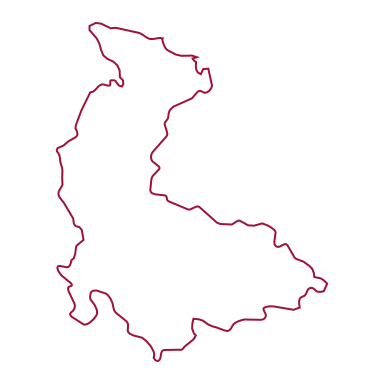 SVG path tracing the border of Olomoucký
{"feature_id": "CZE-10372", "entity_name": "Olomoucký", "entity_type": "Region", "adm_level": 1, "iso_a3": "CZE", "parent_name": "Czechia", "parent_adm1": "", "projection": "robinson", "projection_center": [17.195, 49.847], "detail": "fine", "context": "isolated", "style": "outline", "palette": "rose", "viewbox_px": 384, "rotation_deg": 0, "n_neighbors": 0, "source": "natural_earth", "source_scale": "10m", "svg_char_len": 4083}
<svg xmlns="http://www.w3.org/2000/svg" viewBox="0 0 384 384"><path d="M107.3,26.6L110.7,28.3L115.9,27.8L139.3,33.0L141.8,34.2L147.1,37.8L150.0,39.0L153.1,39.0L160.1,37.9L162.7,38.5L162.2,39.3L163.0,42.4L164.4,46.1L165.8,48.6L168.0,50.5L176.0,54.6L181.4,55.8L192.1,55.6L196.8,57.2L192.6,58.5L193.3,59.6L194.1,60.6L195.0,61.4L196.1,62.1L195.8,65.8L196.2,69.4L197.8,72.4L200.8,74.2L203.3,69.0L208.3,68.7L212.0,85.5L211.7,86.8L211.1,88.3L210.1,89.8L208.9,91.1L207.4,92.1L205.8,92.7L204.2,92.7L201.0,91.1L199.7,90.9L198.4,91.3L197.2,92.2L192.0,98.3L173.5,106.6L170.5,109.4L169.4,111.1L168.7,113.1L168.2,117.5L167.6,119.0L165.3,122.0L164.8,123.0L164.6,124.3L167.2,132.7L167.3,134.1L167.0,135.4L166.3,136.6L152.7,152.0L151.8,153.5L151.2,155.1L151.0,156.7L151.1,158.3L151.6,159.9L152.5,161.4L158.9,166.5L159.4,167.3L159.5,168.2L159.1,169.2L152.5,176.2L151.9,177.7L151.4,179.3L150.3,189.9L150.5,191.1L151.1,192.3L152.1,193.2L155.1,194.3L165.0,195.4L166.0,195.9L166.5,196.7L167.1,199.6L167.6,200.6L168.6,201.3L188.1,209.5L189.7,209.6L196.1,206.7L197.7,206.4L199.4,207.0L216.9,222.6L220.3,224.0L231.9,224.5L237.2,221.1L238.4,220.6L239.8,220.7L248.1,225.3L254.0,225.7L262.3,223.4L268.9,226.0L274.2,229.8L275.2,231.1L275.6,232.4L274.3,242.0L274.5,243.9L275.2,245.4L276.5,246.5L278.0,246.9L279.5,246.7L283.7,244.5L285.0,244.1L286.3,244.3L287.6,245.5L294.6,257.6L296.2,258.9L303.4,261.6L309.5,266.0L312.0,268.6L312.8,270.1L313.9,273.4L314.3,277.0L320.8,278.4L323.8,280.3L327.2,283.6L323.8,291.2L320.5,291.9L317.6,291.7L316.3,291.1L314.2,289.0L313.0,288.3L311.8,287.9L310.6,287.9L309.4,288.3L308.3,289.2L307.4,290.5L305.9,294.0L305.1,295.1L304.2,295.9L301.3,297.2L300.5,297.8L299.8,298.8L299.3,300.1L299.1,301.6L299.2,304.4L299.8,307.5L293.6,309.8L273.5,306.4L270.0,306.3L267.4,306.6L264.7,307.5L263.8,308.1L263.4,309.0L263.7,310.1L265.2,313.1L265.8,314.9L265.8,316.2L265.3,317.4L264.6,318.3L263.6,319.1L262.2,319.6L260.6,319.8L244.3,319.5L242.5,319.9L238.5,321.2L235.6,322.6L234.4,323.4L233.4,324.4L232.3,326.1L231.3,328.0L230.1,329.6L228.7,330.6L227.4,331.0L225.0,330.6L215.2,327.0L213.1,326.6L208.3,324.5L202.6,320.5L199.1,319.4L197.7,319.2L193.4,318.8L192.4,323.4L192.1,328.4L193.9,333.4L195.9,335.4L193.9,338.9L193.1,339.7L185.3,346.0L184.0,347.3L182.9,348.7L182.2,349.4L181.1,349.8L180.4,349.9L179.5,349.7L164.5,350.0L162.9,350.4L161.9,351.4L161.3,352.9L160.3,358.3L159.7,359.7L158.7,360.6L157.6,361.0L156.6,360.8L155.7,360.3L154.9,359.6L153.9,358.1L153.7,357.6L153.9,357.1L154.1,355.8L154.2,354.1L153.8,352.0L151.1,346.7L146.8,341.4L142.1,337.7L133.6,335.5L129.7,333.7L128.4,332.3L127.7,330.7L128.1,325.1L127.8,323.6L127.2,322.3L126.5,321.3L115.8,312.7L114.7,311.2L113.9,309.7L112.4,302.9L110.4,298.5L107.6,294.8L105.9,293.6L97.0,290.6L94.8,290.5L92.8,290.9L91.3,291.9L90.5,293.6L90.1,297.1L90.2,298.4L90.6,299.4L94.7,305.1L96.3,308.6L96.9,310.4L97.1,312.3L96.9,314.1L96.2,315.7L93.6,319.2L89.9,322.5L87.8,323.8L85.8,324.5L83.9,324.6L71.4,316.6L70.3,315.1L70.1,313.7L71.1,312.4L72.6,311.2L73.7,309.8L74.4,308.4L74.8,306.9L74.8,305.4L74.5,303.7L68.8,291.7L68.2,289.8L68.1,288.1L68.6,286.9L71.2,285.9L71.8,285.3L71.8,284.5L71.3,283.5L61.5,275.5L58.4,271.2L57.6,269.1L57.4,267.5L58.0,266.3L59.6,265.9L66.9,267.3L68.3,267.0L69.5,265.9L70.6,263.7L71.5,260.2L73.8,258.2L75.2,253.8L75.9,248.0L76.4,245.9L83.5,239.9L81.8,230.0L79.5,227.2L75.8,226.1L74.7,225.0L73.8,223.4L73.2,218.5L63.8,202.7L60.2,198.2L58.9,196.1L58.4,193.6L58.8,191.3L62.5,184.8L62.2,177.8L62.4,170.0L62.2,168.2L60.5,162.7L59.6,156.2L59.2,154.8L58.5,153.4L56.9,151.2L56.8,149.8L57.6,148.2L61.5,146.4L62.3,146.1L63.7,145.4L68.4,141.3L75.4,137.3L76.4,136.5L77.1,135.5L77.4,134.4L77.2,132.5L77.0,131.5L75.5,128.4L75.8,125.4L81.6,109.9L90.3,92.3L92.8,91.8L95.0,90.2L98.8,86.0L101.5,84.5L103.5,84.4L107.7,85.6L109.8,85.5L110.3,84.5L110.3,81.0L110.9,80.3L114.3,80.3L115.6,81.0L116.7,82.8L119.1,85.7L121.9,86.5L123.3,84.1L122.9,80.3L119.9,77.2L119.6,70.3L117.2,65.2L113.1,61.5L107.5,58.9L103.3,55.4L101.1,49.9L99.4,43.8L96.8,38.6L89.5,30.0L89.5,26.0L95.7,23.0L100.9,23.6L107.3,26.6Z" fill="none" stroke="#9f1239" stroke-width="2"/></svg>